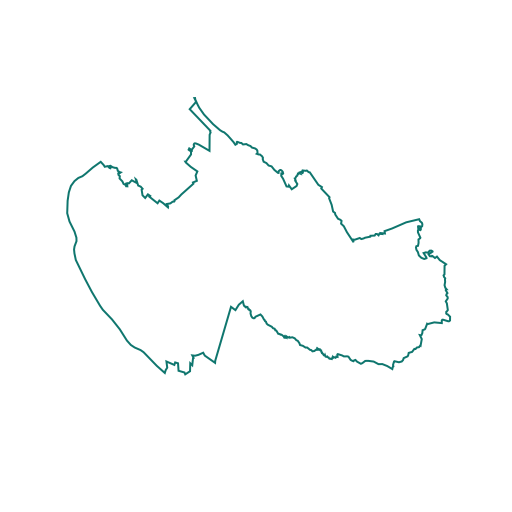 the district of Krāslavas pag., Kraslavas, Latvia, rotated 59°
{"feature_id": "27541924B24537729982131", "entity_name": "Krāslavas pag.", "entity_type": "district", "adm_level": 2, "iso_a3": "LVA", "parent_name": "Latvia", "parent_adm1": "Kraslavas", "projection": "robinson", "projection_center": [27.246, 55.909], "detail": "fine", "context": "isolated", "style": "outline", "palette": "teal", "viewbox_px": 512, "rotation_deg": 59, "n_neighbors": 0, "source": "geoboundaries", "source_scale": "gbopen_adm2", "svg_char_len": 6119}
<svg xmlns="http://www.w3.org/2000/svg" viewBox="0 0 512 512"><g transform="rotate(59 256 256)"><path d="M396.3,224.3L398.6,223.8L402.4,221.6L402.6,220.0L402.2,216.4L403.6,213.9L407.1,209.5L411.8,206.7L413.7,203.4L417.9,200.2L423.1,197.4L421.2,195.5L421.3,195.1L419.9,194.6L417.7,192.2L417.9,192.0L417.6,191.4L420.7,188.2L421.5,185.4L420.9,183.5L419.6,182.0L420.1,177.7L419.5,176.7L417.7,175.0L418.6,171.6L417.2,168.1L417.9,167.2L417.3,165.3L418.1,163.2L417.2,161.1L417.5,161.0L412.6,156.7L408.2,156.3L409.0,155.4L409.0,154.9L407.8,153.2L405.4,151.4L405.8,149.2L405.6,148.5L402.3,144.3L402.7,144.2L404.7,137.4L409.2,131.3L407.0,130.0L406.6,129.2L406.8,128.6L411.0,124.8L411.4,124.0L411.2,122.9L408.0,120.9L404.9,121.7L403.9,122.5L403.1,122.5L401.8,121.6L401.7,120.7L401.1,119.4L394.9,116.8L392.6,116.7L391.2,113.6L390.0,112.9L387.7,113.2L386.9,112.4L386.4,111.0L383.1,111.0L382.3,110.3L382.6,109.8L380.7,110.1L378.1,109.4L375.6,107.2L373.4,106.1L372.6,105.3L371.0,105.6L369.2,105.2L368.8,103.9L361.5,99.4L361.0,97.3L354.2,100.6L349.7,101.2L349.9,103.6L346.8,104.8L346.5,105.1L346.8,105.6L345.7,107.1L343.5,107.2L343.2,102.4L342.8,102.3L341.6,103.0L340.9,104.4L341.7,106.9L340.3,108.6L339.8,110.8L345.0,110.7L345.7,111.0L345.2,113.3L344.7,113.7L342.7,115.2L339.4,116.1L336.0,115.2L333.3,115.3L331.1,114.5L330.2,113.5L330.7,111.9L328.5,109.9L325.5,108.2L325.3,106.1L325.0,105.7L319.2,105.0L317.7,104.2L316.8,103.1L314.3,102.0L314.0,101.7L314.2,101.2L315.2,100.0L316.1,100.2L316.8,101.3L318.3,102.0L318.5,101.8L318.2,101.1L316.4,100.0L316.0,98.2L314.4,97.0L312.9,96.7L310.6,97.5L308.5,97.2L304.5,109.9L302.5,125.2L300.9,133.0L303.1,133.9L300.8,137.0L301.9,136.9L300.5,138.9L301.4,140.3L299.4,141.0L298.8,142.1L299.6,143.8L297.6,147.5L298.3,148.1L296.5,153.1L296.4,154.6L296.0,156.1L295.7,157.0L294.0,157.8L292.9,163.0L291.8,164.4L294.5,165.3L282.3,165.8L275.7,165.4L272.1,166.4L270.0,164.6L268.5,165.0L266.3,166.5L261.3,166.7L259.8,166.1L257.6,167.0L251.1,164.8L244.2,163.6L243.5,162.7L231.8,165.3L230.9,164.0L227.1,165.9L212.0,166.8L211.2,167.7L208.9,168.4L208.6,169.5L206.8,171.8L208.3,172.6L208.9,173.4L208.8,173.8L207.1,173.6L207.1,174.8L206.7,175.8L206.9,176.2L207.7,176.1L207.1,176.6L206.9,177.5L207.5,177.7L207.6,178.5L208.4,179.2L208.5,180.6L209.6,182.2L209.5,182.8L211.8,183.1L212.2,183.3L212.1,183.6L215.6,183.5L216.9,185.2L217.2,191.0L212.5,191.4L213.4,192.3L212.1,194.0L203.7,193.0L200.3,193.1L198.2,191.7L198.4,191.1L199.4,190.8L199.2,190.2L197.5,189.7L196.0,190.0L195.0,190.5L194.7,191.1L194.9,192.7L196.4,193.9L196.0,194.4L191.7,195.9L187.2,196.5L184.9,198.6L181.7,199.2L179.1,200.9L176.3,200.3L175.5,199.5L173.8,199.4L171.1,200.3L170.2,201.6L168.8,202.7L168.6,201.7L166.4,200.6L165.1,200.6L163.3,201.4L161.0,203.6L158.9,204.1L156.9,205.7L155.1,206.6L153.7,209.7L151.6,210.3L150.9,211.4L149.0,212.8L148.4,213.4L148.5,213.8L150.0,214.6L150.0,216.4L146.8,216.6L138.0,218.2L133.6,219.6L132.2,220.7L129.7,222.0L120.9,224.9L107.9,227.7L99.8,228.3L96.2,228.1L90.8,227.5L89.2,226.9L88.9,227.5L92.3,227.8L93.2,228.5L96.0,237.2L125.2,230.6L125.9,231.3L126.7,231.3L128.2,233.3L141.9,241.7L131.0,247.7L128.4,249.7L127.8,250.7L128.0,251.4L128.7,252.2L130.3,252.5L131.8,256.3L132.2,256.5L129.4,257.8L130.2,259.0L131.1,258.7L130.9,258.3L132.5,257.6L135.5,259.4L138.6,266.6L139.0,267.7L138.8,268.0L139.7,268.0L146.0,266.0L153.3,262.7L155.9,266.3L161.1,268.0L160.5,272.2L161.8,272.4L164.8,288.3L165.9,292.1L166.2,297.2L166.9,297.5L167.2,298.1L166.5,299.5L166.8,302.3L165.5,305.6L168.4,305.9L169.0,306.4L162.8,308.4L158.7,310.3L160.1,313.2L150.2,316.9L150.0,315.8L147.5,316.9L149.2,321.1L145.5,322.0L140.3,319.9L140.0,318.6L137.2,319.1L134.9,320.7L129.0,319.3L128.4,319.5L132.2,320.5L127.1,323.5L128.3,327.5L127.4,328.6L127.4,329.1L130.0,330.4L129.3,331.4L127.1,330.6L127.3,331.6L126.0,332.4L123.2,332.1L119.3,333.0L117.4,331.6L115.8,332.1L114.3,331.6L114.0,331.1L114.8,330.3L114.7,328.9L113.8,329.7L111.8,330.6L109.8,330.0L108.7,330.1L107.8,331.5L106.0,333.2L103.7,334.3L103.4,335.2L103.9,335.6L105.5,335.2L105.8,335.6L105.1,336.2L102.6,336.8L101.6,339.7L99.7,339.7L95.3,340.6L96.1,350.3L97.7,359.5L98.2,363.7L97.6,368.1L98.3,373.0L100.6,378.5L105.0,383.6L111.6,389.0L122.1,395.8L130.4,398.1L141.6,399.0L147.8,400.5L150.8,402.2L154.3,406.6L156.7,408.6L160.3,410.3L166.6,412.5L188.0,414.4L202.3,415.2L218.3,415.3L223.2,415.0L236.1,412.1L248.7,410.5L262.0,410.2L267.8,409.1L272.0,407.1L277.2,403.4L280.6,401.9L299.1,397.6L309.3,394.4L307.3,392.2L306.0,389.6L300.3,387.1L307.3,382.1L305.6,380.1L307.8,378.1L314.5,381.5L319.0,377.3L321.0,377.6L320.8,371.9L314.1,367.6L316.8,366.9L311.3,362.7L311.3,362.0L308.4,361.8L310.1,359.6L311.1,356.2L311.7,351.1L315.0,351.2L326.5,346.1L324.8,344.9L286.7,303.6L291.8,301.5L288.9,295.8L288.0,290.6L291.6,291.7L293.0,291.8L294.1,290.9L294.4,291.3L294.8,291.2L295.3,289.7L295.9,290.0L297.0,289.6L297.5,289.9L297.7,289.5L299.0,289.6L299.5,288.9L300.7,289.0L302.5,290.3L305.1,291.0L306.9,290.9L308.0,290.3L308.5,289.3L307.8,287.7L308.4,282.3L311.1,281.7L314.7,281.9L315.1,281.6L316.6,281.8L317.4,281.3L319.4,281.7L320.9,281.3L324.8,278.9L326.7,278.6L327.9,277.5L329.7,277.7L330.3,277.0L334.2,277.0L335.0,275.9L336.0,275.6L336.1,275.1L336.9,274.5L339.2,273.7L340.6,273.8L341.1,273.1L340.1,272.5L341.6,271.9L340.6,271.3L342.3,270.5L342.5,269.7L342.9,269.6L342.7,269.1L343.6,268.7L344.4,266.7L346.5,265.2L348.9,264.8L350.2,263.9L353.1,263.7L355.0,264.1L357.1,262.1L360.0,260.7L360.8,259.3L364.3,258.0L365.1,257.1L366.8,256.7L367.5,254.9L367.3,253.4L367.6,252.5L367.3,252.2L367.8,251.6L367.1,251.7L366.9,251.2L368.0,251.3L368.0,250.8L367.3,250.7L368.5,249.9L368.8,249.3L370.1,249.4L370.5,248.8L371.8,249.4L372.7,249.0L373.3,249.5L374.3,249.0L375.9,249.0L376.0,248.5L376.8,248.3L376.5,247.9L378.0,248.2L378.6,247.8L378.8,246.7L379.7,246.7L380.4,246.0L381.5,246.1L382.3,245.5L382.3,245.1L383.4,244.1L382.4,242.8L382.8,242.5L382.2,242.0L382.8,241.9L382.8,241.3L384.2,240.3L384.1,239.6L383.6,239.1L384.5,238.1L382.3,237.0L382.2,236.4L385.6,233.4L387.3,232.4L389.0,229.5L389.9,228.6L393.8,228.4L395.5,227.4L396.4,226.6L396.0,225.7L396.3,224.3Z" fill="none" stroke="#0f766e" stroke-width="2"/></g></svg>